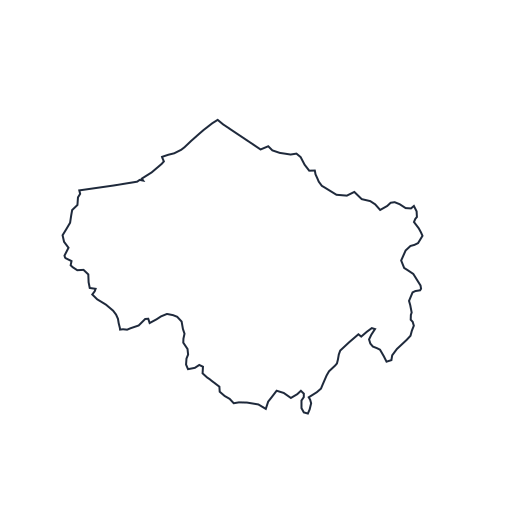 the district of Kofinou, Larnaca, Cyprus, rotated 317°
{"feature_id": "46923920B74621954972272", "entity_name": "Kofinou", "entity_type": "district", "adm_level": 2, "iso_a3": "CYP", "parent_name": "Cyprus", "parent_adm1": "Larnaca", "projection": "orthographic", "projection_center": [33.399, 34.838], "detail": "fine", "context": "isolated", "style": "outline", "palette": "slate", "viewbox_px": 512, "rotation_deg": 317, "n_neighbors": 0, "source": "geoboundaries", "source_scale": "gbopen_adm2", "svg_char_len": 2597}
<svg xmlns="http://www.w3.org/2000/svg" viewBox="0 0 512 512"><g transform="rotate(317 256 256)"><path d="M106.4,217.1L108.8,218.9L111.5,222.0L114.8,223.2L122.8,226.8L132.0,226.5L134.4,228.4L132.5,232.5L140.2,234.5L145.4,235.4L151.2,237.6L151.7,238.1L155.0,242.7L156.9,246.7L156.9,253.2L152.8,259.5L150.7,264.1L146.5,267.0L143.7,269.8L142.5,277.3L139.1,281.8L135.2,283.6L130.8,287.7L129.1,292.4L135.0,296.1L140.2,297.0L141.7,300.8L136.9,305.4L137.4,311.5L138.1,314.5L138.4,316.8L140.1,326.6L136.9,330.5L137.6,337.0L139.3,342.5L139.3,348.5L143.7,351.4L149.5,357.1L156.5,366.2L158.4,372.8L158.9,374.5L165.6,370.8L170.9,370.0L179.2,368.6L182.9,375.1L184.7,383.6L191.9,385.2L196.9,385.2L197.1,389.3L194.7,391.8L190.7,392.7L185.5,398.3L184.3,403.0L186.5,406.6L190.6,404.8L195.9,401.3L197.6,398.0L198.2,395.3L207.6,397.1L213.1,397.3L216.8,395.6L226.2,391.5L230.8,390.1L239.1,390.1L241.9,389.8L245.3,387.6L249.4,384.5L253.1,382.6L258.2,382.6L265.1,382.6L277.5,383.1L278.0,386.7L285.3,387.0L291.5,387.7L293.2,390.6L286.7,392.2L281.8,394.1L279.9,398.0L279.7,401.9L281.6,405.9L282.8,409.1L281.1,416.5L279.4,422.3L284.0,424.5L287.9,421.5L295.6,420.1L305.1,420.1L308.9,420.1L314.6,419.7L317.0,418.2L318.9,417.0L323.9,414.6L325.7,411.0L325.7,408.1L329.1,404.7L331.3,403.5L335.3,397.1L337.3,393.2L345.7,389.4L348.6,390.3L352.6,393.0L354.4,392.5L356.2,389.8L357.2,384.6L358.8,376.4L357.2,369.6L356.2,365.8L359.1,358.3L369.2,354.0L375.8,354.0L379.4,355.9L383.3,357.1L391.5,354.8L392.7,351.4L393.9,346.8L394.7,338.9L397.8,337.5L400.3,337.2L403.4,333.5L403.9,332.9L405.6,327.1L401.8,326.9L398.1,323.0L396.4,316.1L394.1,311.2L390.8,308.9L386.1,308.9L378.2,307.0L378.4,299.5L377.0,293.8L372.1,286.5L371.6,276.2L363.6,273.8L356.6,266.1L352.9,252.6L352.0,249.6L352.6,244.4L353.7,241.4L355.2,236.9L357.3,233.6L353.1,229.9L353.8,222.4L356.1,214.1L355.4,208.7L350.5,205.4L346.5,200.3L343.7,196.8L340.0,189.9L339.8,184.1L332.0,181.2L321.7,137.3L320.8,130.3L314.6,129.1L303.6,128.1L298.3,127.9L287.3,127.6L277.8,127.7L273.7,127.3L266.2,125.1L261.0,122.2L254.9,119.4L254.5,120.2L253.1,124.0L249.8,124.3L236.7,123.7L225.3,121.5L224.9,123.9L222.8,121.0L219.8,120.6L199.9,107.3L171.5,87.5L169.8,90.6L165.8,91.7L160.2,96.9L152.9,97.0L148.5,100.3L142.7,104.9L135.2,107.1L128.7,108.9L125.3,114.7L124.5,122.1L116.2,125.1L115.3,126.9L115.3,127.8L117.6,133.9L114.1,136.4L114.3,139.2L115.6,144.5L120.4,148.5L120.8,155.1L115.7,161.0L112.6,166.0L116.3,170.6L114.0,171.8L110.0,172.5L110.3,179.3L113.1,189.3L114.2,198.6L113.7,203.4L112.2,207.8L109.8,211.4L107.3,215.9L106.4,217.1Z" fill="none" stroke="#1e293b" stroke-width="2"/></g></svg>